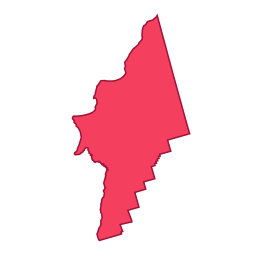 San Luis Obispo, California, United States of America, rotated 74°
{"feature_id": "52423323B67227670427960", "entity_name": "San Luis Obispo", "entity_type": "district", "adm_level": 2, "iso_a3": "USA", "parent_name": "United States of America", "parent_adm1": "California", "projection": "orthographic", "projection_center": [-120.239, 35.346], "detail": "fine", "context": "isolated", "style": "filled", "palette": "rose", "viewbox_px": 256, "rotation_deg": 74, "n_neighbors": 0, "source": "geoboundaries", "source_scale": "gbopen_adm2", "svg_char_len": 4731}
<svg xmlns="http://www.w3.org/2000/svg" viewBox="0 0 256 256"><g transform="rotate(74 128 128)"><path d="M27.8,68.9L29.2,70.5L30.0,72.3L31.0,74.5L31.0,79.7L32.1,81.2L32.9,81.9L33.6,82.8L34.1,84.8L35.5,85.8L37.7,87.2L43.7,89.3L44.3,89.0L46.7,90.1L49.1,93.9L50.2,94.7L51.0,95.7L53.6,101.5L58.0,106.7L58.7,107.0L61.6,110.0L64.0,113.1L66.9,113.4L67.6,113.2L69.0,114.1L69.6,114.9L70.0,115.0L74.2,114.7L75.3,115.7L76.6,117.2L78.3,120.8L78.6,122.1L79.0,126.4L78.9,128.2L78.4,130.8L77.1,135.1L76.0,137.2L75.2,140.4L75.2,141.2L77.7,144.1L79.5,146.6L80.5,146.9L84.9,149.5L87.0,150.5L87.7,151.6L89.7,152.8L90.2,152.7L90.1,151.6L90.3,150.9L91.0,150.5L92.6,150.4L94.7,150.7L95.8,151.1L96.3,151.4L97.6,152.7L98.9,153.8L99.7,153.9L100.2,153.7L101.5,154.5L102.2,155.5L103.1,157.6L103.6,160.5L103.7,163.6L103.7,165.8L103.3,169.5L102.6,173.5L101.6,177.2L101.8,177.5L102.5,178.3L103.7,178.8L103.9,178.7L104.2,178.6L106.5,177.5L106.8,177.6L107.4,178.3L107.9,178.2L108.6,177.9L109.2,177.1L110.4,176.9L110.6,176.9L111.3,177.1L111.8,177.3L111.9,177.2L112.4,176.8L112.9,176.6L113.8,175.9L117.5,175.0L119.7,175.0L122.6,175.3L123.2,175.4L123.7,175.4L124.3,175.5L124.6,175.7L125.4,176.3L126.1,176.7L127.0,177.3L127.9,177.8L128.1,178.0L131.0,179.9L133.2,181.7L133.5,182.0L134.0,182.3L134.8,182.6L135.4,183.1L136.2,183.8L136.5,184.2L136.5,184.5L136.9,185.5L137.2,186.2L137.6,186.4L138.1,186.6L138.8,186.3L139.0,186.3L139.2,186.1L139.2,185.7L139.4,184.5L139.5,184.3L139.9,182.5L139.7,181.0L139.5,180.4L138.8,180.0L138.7,179.5L138.9,179.0L138.6,178.2L137.5,176.9L137.4,176.1L136.8,175.8L136.6,175.8L136.2,175.6L135.9,175.0L135.3,173.5L135.8,172.6L136.4,171.9L136.5,171.8L136.7,171.7L136.8,171.8L137.9,172.6L140.0,172.0L141.3,172.4L142.4,171.2L143.0,170.8L143.1,170.6L143.3,170.5L143.4,170.8L143.4,171.2L143.5,171.5L143.8,171.6L143.9,171.4L144.1,170.9L144.2,170.5L144.3,170.2L144.5,170.0L145.0,170.7L145.4,170.9L145.6,171.0L146.0,170.9L146.4,171.0L146.6,171.2L146.9,171.1L147.1,171.0L147.5,171.1L147.8,171.1L148.2,171.0L148.6,171.2L148.8,171.1L148.8,170.8L149.3,170.7L149.5,170.3L149.9,170.1L150.4,170.1L150.9,170.0L151.1,169.9L151.2,169.7L151.3,169.3L151.6,169.1L151.9,169.0L151.9,168.7L151.7,168.4L151.8,168.3L151.8,168.1L151.7,168.0L151.5,167.5L151.7,167.0L152.0,166.6L152.1,166.0L152.2,165.8L152.7,165.7L152.8,165.5L152.8,165.2L152.8,164.9L152.6,164.8L152.8,164.7L153.0,164.6L153.2,164.4L153.3,164.1L153.6,164.0L154.0,164.0L154.3,163.8L154.6,163.7L154.7,163.4L155.0,163.2L155.2,163.3L155.3,163.3L155.3,163.2L155.4,162.9L155.6,162.9L155.8,163.0L156.1,163.0L156.2,162.8L156.3,162.7L156.1,162.5L155.8,162.5L155.8,162.3L155.8,162.1L156.0,162.1L156.0,161.8L156.0,161.5L156.2,161.4L156.3,161.5L156.6,161.5L156.7,161.3L156.8,161.2L157.2,161.4L157.3,161.4L157.5,161.5L157.4,161.7L157.4,161.9L157.5,162.0L157.8,161.8L157.8,161.5L157.9,161.2L158.0,161.0L158.1,160.9L158.2,161.0L158.4,161.1L158.6,161.0L158.7,160.7L158.6,160.3L158.8,160.2L158.9,159.9L159.1,160.1L159.3,160.4L159.6,160.3L159.8,160.1L159.8,159.9L160.0,159.7L160.2,159.8L160.3,159.7L160.4,159.3L160.6,159.1L160.7,159.4L160.9,159.6L161.0,159.5L161.0,159.3L161.2,159.1L161.5,159.0L162.1,159.0L162.4,158.9L162.8,159.0L162.7,159.2L162.5,159.5L162.3,159.6L162.2,159.6L162.3,159.9L162.5,160.0L163.2,160.2L163.6,160.3L163.6,160.5L164.0,161.0L164.8,161.5L166.6,162.6L167.3,162.3L168.7,163.2L169.0,163.4L169.7,163.2L169.9,163.6L170.1,164.0L171.3,164.5L171.7,165.0L173.1,165.8L173.7,166.2L174.7,166.5L175.6,166.6L176.0,166.4L176.1,166.5L176.9,166.5L177.2,166.6L177.6,166.6L178.2,166.6L178.5,166.6L179.0,166.3L179.2,166.1L179.5,166.6L179.8,167.0L180.5,167.6L180.9,167.7L181.0,167.9L181.0,168.1L181.1,168.6L181.4,168.8L181.6,168.9L181.9,168.8L182.3,169.0L182.8,168.8L183.1,168.7L183.5,168.6L183.8,168.6L184.6,168.9L185.0,169.2L185.3,169.2L186.0,169.6L186.7,169.7L187.5,170.4L187.9,171.0L188.1,171.6L188.5,171.9L189.5,172.9L190.4,173.3L191.3,173.7L191.9,173.6L192.2,174.0L192.8,174.2L193.5,175.0L193.8,175.2L194.8,175.1L196.6,176.1L197.7,176.4L198.5,177.1L200.6,177.1L201.0,177.2L201.9,177.5L202.5,177.2L202.9,177.0L203.8,177.0L205.7,177.5L206.5,177.3L207.1,177.5L208.7,178.8L209.6,179.7L210.3,179.8L210.8,179.8L211.4,180.2L212.0,180.4L212.8,180.2L213.7,180.9L214.8,181.8L215.4,182.4L215.8,183.0L216.4,183.6L217.6,184.4L218.6,185.0L220.1,186.0L220.7,186.5L221.4,187.1L226.3,187.1L228.2,186.6L228.1,163.5L226.1,163.5L226.1,161.6L218.6,162.2L219.3,150.1L217.4,150.0L207.1,150.8L207.1,139.3L191.8,139.2L191.7,127.8L184.1,127.8L184.1,116.2L180.5,116.2L171.6,116.2L171.5,112.4L169.6,112.3L169.7,110.4L167.7,110.4L167.7,108.5L165.8,108.5L165.8,106.6L163.9,106.6L163.9,104.8L162.0,104.8L162.1,93.3L150.5,93.3L150.5,70.3L148.4,70.3L144.4,70.4L91.2,69.9L27.8,68.9Z" fill="#f43f5e" stroke="#9f1239" stroke-width="1.5"/></g></svg>